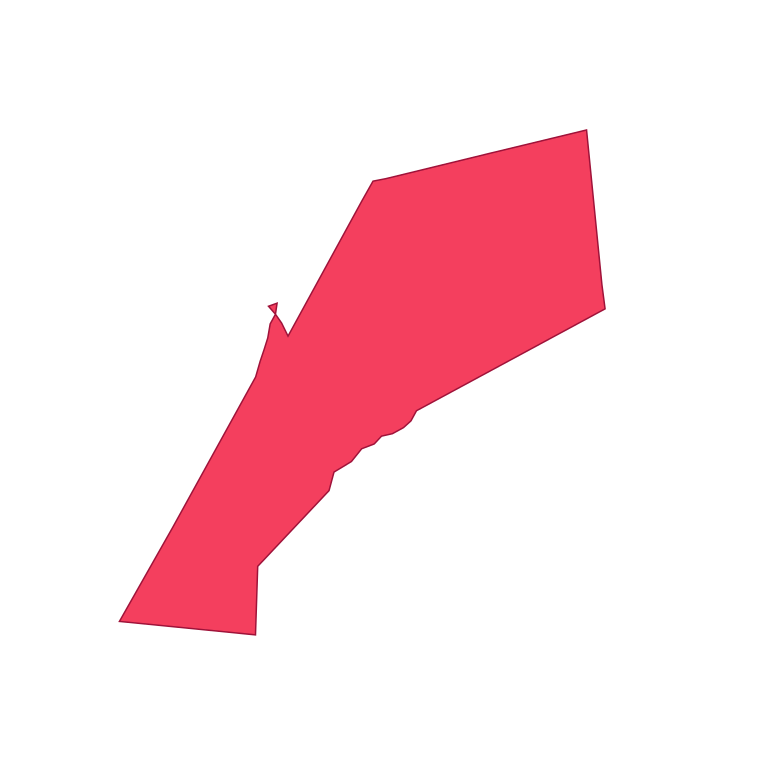 outline of Paulo Jacinto, Alagoas, Brazil, rotated 195°
{"feature_id": "56859067B5529182098966", "entity_name": "Paulo Jacinto", "entity_type": "district", "adm_level": 2, "iso_a3": "BRA", "parent_name": "Brazil", "parent_adm1": "Alagoas", "projection": "equal_earth", "projection_center": [-36.395, -9.37], "detail": "fine", "context": "isolated", "style": "filled", "palette": "rose", "viewbox_px": 768, "rotation_deg": 195, "n_neighbors": 0, "source": "geoboundaries", "source_scale": "gbopen_adm2", "svg_char_len": 579}
<svg xmlns="http://www.w3.org/2000/svg" viewBox="0 0 768 768"><g transform="rotate(195 384 384)"><path d="M447.1,577.1L452.8,554.9L489.1,405.4L498.6,416.3L506.9,423.3L509.5,412.6L508.2,398.4L508.7,386.6L509.5,373.8L509.8,357.6L551.0,190.7L578.1,86.2L443.2,108.4L458.8,175.2L409.5,266.8L409.5,286.0L395.4,300.7L388.8,315.7L377.9,323.6L372.9,333.0L363.0,338.2L353.9,346.9L348.4,355.4L345.7,366.6L189.9,513.8L199.2,536.3L254.1,681.8L340.6,634.7L435.4,582.8L447.1,577.1ZM506.9,423.3L508.2,434.4L515.7,429.2L506.9,423.3Z" fill="#f43f5e" stroke="#9f1239" stroke-width="1.5"/></g></svg>